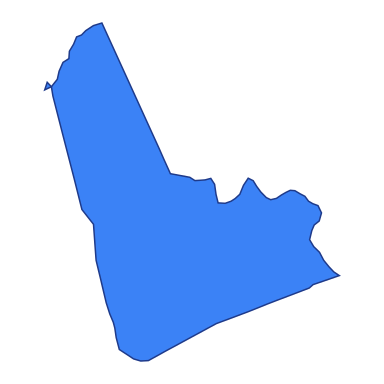 the district of Taquarana, Alagoas, Brazil
{"feature_id": "56859067B58643827659067", "entity_name": "Taquarana", "entity_type": "district", "adm_level": 2, "iso_a3": "BRA", "parent_name": "Brazil", "parent_adm1": "Alagoas", "projection": "equal_earth", "projection_center": [-36.481, -9.612], "detail": "fine", "context": "isolated", "style": "filled", "palette": "blue", "viewbox_px": 384, "rotation_deg": 0, "n_neighbors": 0, "source": "geoboundaries", "source_scale": "gbopen_adm2", "svg_char_len": 1113}
<svg xmlns="http://www.w3.org/2000/svg" viewBox="0 0 384 384"><path d="M328.9,266.7L323.7,260.3L319.5,252.3L313.7,246.6L309.6,239.7L311.8,230.6L314.2,225.0L319.2,221.0L321.5,212.9L318.0,205.6L312.8,203.7L308.5,201.2L304.9,196.3L299.9,193.7L294.9,190.7L290.3,190.3L286.1,192.3L281.4,195.0L276.4,198.4L270.7,199.7L266.3,197.6L260.8,192.0L256.6,186.3L253.2,180.7L248.2,178.2L243.5,185.3L239.8,194.3L235.1,198.6L231.1,201.2L225.2,203.3L218.1,202.9L216.0,194.3L214.6,184.3L210.8,178.4L205.1,179.9L199.9,180.3L194.9,180.6L189.8,177.3L170.4,173.7L163.7,158.9L159.3,148.9L101.9,23.0L93.4,25.6L85.8,30.6L81.5,35.0L76.6,36.9L73.6,44.2L69.4,51.2L68.9,58.6L63.0,62.4L59.1,71.2L57.3,79.3L51.4,86.7L52.9,96.0L62.7,134.3L74.1,178.4L81.9,209.5L93.5,224.3L95.6,253.6L96.1,260.3L98.0,268.2L100.2,277.3L106.2,302.7L109.8,314.0L113.3,322.3L114.8,328.0L116.2,337.6L119.3,349.5L133.6,358.9L140.7,361.0L148.4,360.6L165.0,351.4L216.3,323.6L247.7,311.9L266.6,304.3L276.2,300.6L309.3,288.0L313.1,284.6L339.3,275.6L333.8,271.9L328.9,266.7ZM51.4,86.7L47.2,82.3L44.7,89.9L51.4,86.7Z" fill="#3b82f6" stroke="#1e3a8a" stroke-width="1.5"/></svg>